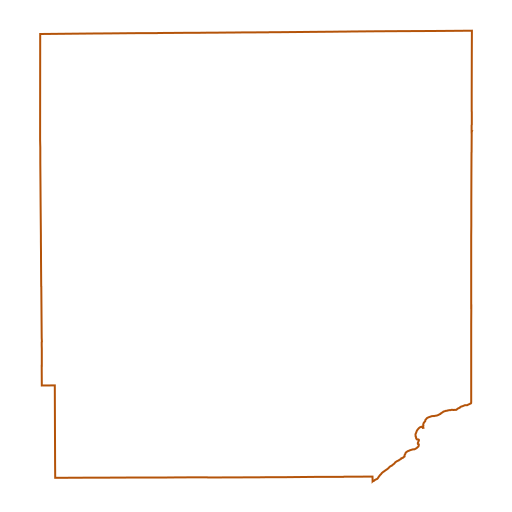 outline of Cleve, South Australia, Australia
{"feature_id": "25037944B98257545318432", "entity_name": "Cleve", "entity_type": "district", "adm_level": 2, "iso_a3": "AUS", "parent_name": "Australia", "parent_adm1": "South Australia", "projection": "albers", "projection_center": [136.475, -33.66], "detail": "fine", "context": "isolated", "style": "outline", "palette": "amber", "viewbox_px": 512, "rotation_deg": 0, "n_neighbors": 0, "source": "geoboundaries", "source_scale": "gbopen_adm2", "svg_char_len": 4856}
<svg xmlns="http://www.w3.org/2000/svg" viewBox="0 0 512 512"><path d="M40.2,34.0L40.1,139.9L40.1,140.0L40.2,143.9L40.3,147.4L40.3,160.3L40.3,162.7L40.5,187.8L40.6,203.1L40.9,236.0L40.9,236.4L40.9,241.5L41.0,252.2L41.0,252.7L41.0,257.8L41.2,286.4L41.3,286.5L41.7,338.1L41.9,341.8L41.8,342.0L41.7,342.1L41.7,343.8L41.7,345.4L41.8,348.9L41.8,356.1L41.8,360.6L41.8,361.0L41.8,361.5L41.8,363.3L41.8,365.8L41.7,365.8L41.8,385.5L54.8,385.4L55.0,438.8L55.1,465.0L55.2,477.8L55.3,477.8L55.5,477.8L60.6,477.8L82.8,477.7L95.8,477.7L116.9,477.6L143.7,477.5L167.1,477.5L177.8,477.4L204.4,477.3L204.7,477.3L207.3,477.3L207.7,477.5L229.4,477.4L240.4,477.4L247.7,477.3L250.4,477.3L258.8,477.3L260.2,477.3L267.2,477.2L283.8,477.2L293.3,477.1L314.2,476.9L331.4,476.9L343.4,476.9L343.9,476.7L372.5,476.6L372.6,481.0L372.6,481.3L372.7,481.2L373.5,481.1L374.0,480.8L374.2,480.6L374.8,480.0L374.9,479.9L375.5,479.7L375.8,479.5L376.4,479.2L377.0,479.0L377.2,478.9L377.8,478.3L377.9,478.1L378.2,477.6L378.3,477.5L378.6,477.0L378.7,476.9L378.9,476.6L379.1,476.3L379.4,475.9L379.8,475.5L379.9,475.3L380.1,475.0L380.2,474.9L380.3,474.8L381.0,474.2L381.7,473.2L381.9,473.0L382.5,472.5L382.9,472.2L383.3,471.8L383.7,471.5L383.9,471.5L384.5,471.1L385.3,470.4L386.0,470.0L386.6,469.5L387.1,469.3L387.3,469.1L387.5,469.0L387.8,468.7L388.8,467.8L389.3,467.2L389.8,466.7L390.6,466.2L390.9,466.0L391.3,465.9L391.9,465.6L392.1,465.3L392.8,464.7L393.2,464.5L393.3,464.4L393.5,464.2L393.8,464.0L394.5,463.4L395.1,462.5L395.2,462.4L395.4,462.2L395.7,462.0L396.5,461.5L397.1,461.1L397.3,461.0L398.8,460.4L399.0,460.1L399.4,459.8L400.2,459.4L400.9,459.0L401.1,458.8L401.3,458.5L401.6,458.3L401.6,458.2L401.9,458.2L402.0,458.2L402.4,458.0L402.9,457.8L403.2,457.6L403.4,457.2L403.5,457.1L403.8,457.0L404.5,456.6L404.6,456.3L404.5,455.8L404.5,455.5L404.6,455.0L404.8,454.7L405.4,453.7L405.5,453.1L405.7,452.8L405.8,452.7L406.0,452.4L406.5,452.0L407.1,451.6L407.6,451.3L407.7,451.2L408.2,451.0L408.9,450.8L409.5,450.4L409.9,450.3L411.1,449.9L412.8,449.4L413.3,449.3L414.1,449.4L415.1,449.0L415.8,448.6L417.0,447.8L417.4,447.3L417.6,447.2L418.3,446.6L418.7,445.8L418.7,445.3L418.8,444.7L418.8,444.4L418.3,444.2L418.0,444.1L417.9,443.9L417.8,443.2L417.9,442.7L418.4,441.6L418.9,440.5L418.9,440.3L418.9,439.9L418.8,439.7L418.7,439.6L418.1,439.4L417.8,439.4L417.2,439.5L416.9,439.4L416.7,439.2L416.2,438.4L416.1,438.1L416.1,437.2L416.0,436.9L415.9,436.8L415.7,436.7L415.6,436.4L415.6,435.9L415.5,434.7L415.5,434.2L415.6,433.9L416.0,433.1L416.2,432.5L416.4,432.0L416.7,431.1L416.9,430.7L417.0,430.5L417.8,429.4L418.5,428.6L418.8,428.2L419.5,427.7L420.1,427.2L421.0,426.9L421.8,426.7L421.9,427.1L422.2,427.3L422.7,427.3L422.9,427.9L423.4,427.8L423.1,426.8L422.8,426.6L422.9,426.4L423.1,426.3L423.2,426.1L423.3,426.0L423.3,425.9L423.4,425.7L423.3,425.4L423.3,425.1L423.2,424.5L423.3,424.2L423.4,423.8L423.7,423.0L423.8,423.0L424.0,422.6L424.4,422.0L425.1,421.4L425.2,421.2L425.3,420.2L425.5,419.8L426.1,419.2L426.6,418.5L427.1,418.0L427.4,417.9L427.7,417.7L428.8,417.2L429.7,416.9L431.7,416.2L432.1,416.1L432.4,416.1L433.6,416.0L434.0,416.1L434.7,415.9L435.1,415.8L436.5,415.6L436.8,415.5L437.0,415.5L437.7,415.2L438.3,415.0L439.1,414.5L439.5,414.4L439.7,414.2L439.8,414.1L440.4,414.0L440.6,413.8L440.8,413.5L440.8,413.4L441.8,412.8L442.9,412.1L443.4,411.6L444.5,411.3L445.4,411.0L445.9,410.8L446.8,410.8L447.2,410.7L447.5,410.5L448.2,410.4L449.0,410.2L449.5,410.1L450.7,410.1L451.5,409.8L452.4,409.8L453.1,410.0L453.4,410.0L453.5,410.0L453.8,410.0L453.9,409.9L454.0,409.9L454.8,409.9L455.2,409.9L456.4,409.8L456.6,409.6L457.0,409.3L457.1,409.1L458.1,408.4L458.7,408.2L458.8,408.1L459.0,408.0L459.3,407.9L459.7,407.8L459.9,407.4L460.0,407.3L460.3,407.1L460.5,406.9L460.9,406.8L461.3,406.5L462.3,406.3L464.2,405.5L464.9,405.2L467.1,405.2L467.5,405.1L468.0,404.7L468.4,404.5L468.7,404.4L469.2,404.2L469.7,404.0L470.3,403.6L470.6,403.5L470.6,403.4L471.1,403.1L471.2,402.2L471.2,380.7L471.2,351.8L471.2,324.2L471.3,306.8L471.2,306.9L471.2,303.9L471.2,303.6L471.2,302.1L471.2,297.3L471.2,292.9L471.2,286.4L471.2,286.2L471.2,280.7L471.2,272.6L471.2,272.4L471.2,265.3L471.2,256.7L471.2,249.1L471.2,248.1L471.2,245.4L471.2,242.2L471.2,235.7L471.3,225.9L471.3,203.5L471.3,203.1L471.4,174.5L471.5,152.4L471.6,152.2L471.6,149.0L471.7,132.2L471.8,131.8L471.6,131.9L471.6,127.8L471.6,125.4L471.6,125.2L471.8,124.7L471.8,111.7L471.7,111.4L471.7,93.5L471.8,53.9L471.9,31.1L471.9,30.7L445.6,30.9L431.6,31.0L390.3,31.2L374.0,31.3L373.3,31.3L350.7,31.5L344.7,31.6L340.8,31.6L333.4,31.7L309.7,31.9L300.2,32.0L277.7,32.2L276.3,32.2L269.2,32.2L268.6,32.3L250.3,32.4L244.4,32.4L235.1,32.5L233.2,32.5L211.3,32.7L211.1,32.7L206.5,32.7L206.1,32.7L197.7,32.8L187.8,32.8L174.2,32.9L157.8,33.0L157.5,33.1L157.2,33.1L145.5,33.1L145.1,33.1L130.4,33.2L108.7,33.4L92.9,33.5L40.2,34.0Z" fill="none" stroke="#b45309" stroke-width="2"/></svg>